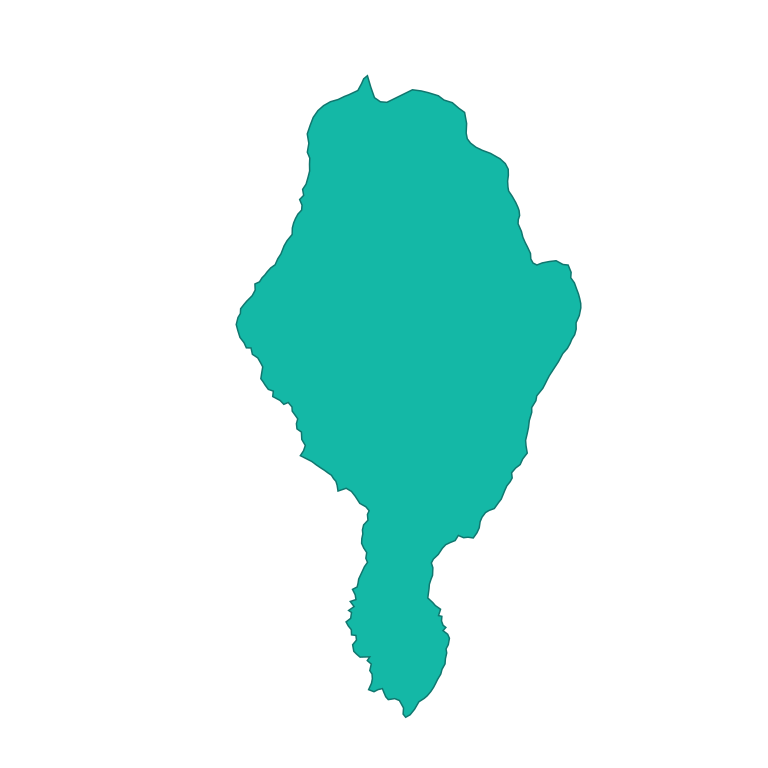 Alexânia, Goiás, Brazil (Robinson projection), rotated 30°
{"feature_id": "56859067B77264834644366", "entity_name": "Alexânia", "entity_type": "district", "adm_level": 2, "iso_a3": "BRA", "parent_name": "Brazil", "parent_adm1": "Goiás", "projection": "robinson", "projection_center": [-48.46, -16.12], "detail": "fine", "context": "isolated", "style": "filled", "palette": "teal", "viewbox_px": 768, "rotation_deg": 30, "n_neighbors": 0, "source": "geoboundaries", "source_scale": "gbopen_adm2", "svg_char_len": 3650}
<svg xmlns="http://www.w3.org/2000/svg" viewBox="0 0 768 768"><g transform="rotate(30 384 384)"><path d="M470.1,609.0L474.1,611.4L478.5,613.1L481.3,617.5L485.4,615.8L488.2,619.5L487.2,625.5L491.5,630.6L495.1,631.6L499.8,632.5L508.1,627.4L507.8,631.9L513.0,632.9L515.0,639.3L518.7,641.2L521.3,645.1L522.8,649.4L523.5,656.4L529.2,655.5L531.6,651.7L534.9,648.6L538.3,651.3L541.9,654.0L545.5,655.2L550.6,651.1L555.6,650.4L562.9,654.8L565.6,660.3L569.4,661.8L572.0,657.4L573.1,650.4L573.1,641.8L576.0,636.2L577.3,632.5L578.3,627.0L578.6,621.9L578.4,617.3L578.1,613.1L578.2,606.8L576.9,602.1L576.8,595.9L574.5,591.1L572.8,585.6L570.2,582.4L570.0,577.6L567.8,571.5L564.3,568.9L558.4,568.1L559.3,563.9L555.8,563.4L552.3,560.5L550.3,556.3L547.0,557.3L545.6,550.8L539.2,550.2L535.5,548.9L528.9,547.4L525.4,538.9L523.4,534.7L522.4,529.9L521.7,525.4L518.2,518.7L514.5,515.3L514.3,510.9L516.2,504.5L516.7,497.0L517.8,492.3L520.6,488.2L523.9,484.0L524.1,478.0L529.8,477.3L533.3,474.7L538.3,472.7L538.9,466.5L538.4,461.0L536.1,455.2L535.5,450.3L536.2,444.6L538.2,441.0L541.8,436.7L542.5,429.4L543.1,425.1L541.8,415.7L541.3,410.8L542.1,405.5L542.0,401.3L538.9,397.1L540.0,391.0L542.2,385.7L541.6,379.6L542.6,372.2L537.9,366.5L534.8,362.0L532.8,355.3L530.9,349.5L528.1,343.0L526.1,334.6L523.7,330.6L523.9,322.5L522.2,317.9L523.7,308.4L523.5,303.4L523.2,298.9L523.0,294.1L523.4,286.3L523.9,277.5L523.6,268.3L525.0,261.5L524.9,255.8L524.3,251.4L524.5,246.0L523.0,240.4L519.7,234.9L518.9,227.1L516.4,219.7L514.1,215.9L510.7,212.1L507.4,208.8L502.9,205.1L498.3,201.2L492.6,198.6L490.2,193.7L484.0,188.9L479.3,191.0L471.4,191.2L465.9,195.3L460.5,200.0L456.9,204.5L452.6,204.7L448.6,202.3L445.6,197.7L439.6,193.5L435.4,190.8L430.9,187.5L426.8,183.2L420.0,178.2L418.1,174.5L417.2,170.3L414.3,166.3L411.6,164.0L407.4,161.0L401.1,157.3L395.5,154.6L392.9,151.5L389.6,146.5L387.3,141.0L384.2,135.9L378.9,132.5L371.8,130.9L367.6,131.0L361.0,131.0L352.1,132.5L345.2,133.0L338.4,132.1L333.5,130.0L329.7,125.6L325.3,117.1L318.0,108.5L311.0,107.8L302.5,106.2L294.0,108.1L287.0,107.2L276.9,109.5L269.7,111.6L261.5,115.0L245.7,138.6L239.8,141.4L232.6,140.8L224.0,133.4L215.5,125.3L213.8,129.8L214.4,135.2L214.6,142.9L208.9,151.1L206.0,154.7L202.0,160.6L196.5,166.3L192.5,173.1L190.1,180.2L189.4,188.5L190.7,196.8L192.5,205.8L198.6,213.2L201.7,221.6L206.8,225.5L209.6,230.9L213.1,236.7L214.8,242.7L216.6,249.9L216.2,256.1L220.1,260.8L218.7,266.4L223.6,270.1L225.7,274.6L224.5,279.8L224.6,284.8L225.2,289.6L226.6,294.7L229.7,300.4L228.4,308.4L228.4,314.3L229.7,322.8L229.4,328.6L230.1,335.2L227.9,339.9L226.8,344.9L226.3,349.1L225.3,352.9L225.1,357.8L222.2,361.9L225.5,367.1L225.7,373.4L223.7,380.9L222.9,385.5L222.2,390.5L224.4,394.8L224.3,399.4L226.3,406.4L230.7,410.8L236.0,415.7L242.1,418.2L246.7,421.5L250.8,419.3L255.2,424.1L261.6,424.5L266.8,427.5L270.4,429.8L273.0,436.7L274.7,441.0L278.1,442.5L281.7,444.4L286.5,446.5L291.7,445.5L293.9,450.5L302.2,450.2L307.4,451.7L310.3,447.9L315.8,449.9L318.1,453.4L322.3,455.3L326.7,457.3L328.0,462.2L331.1,466.4L336.5,466.9L340.5,473.1L346.6,476.6L347.7,482.1L347.4,487.9L354.7,487.5L360.2,487.2L365.8,487.9L371.3,488.3L375.4,488.5L379.8,489.0L384.1,489.3L387.7,491.2L391.0,492.3L394.0,495.1L397.7,499.7L403.4,493.2L409.5,493.3L415.2,495.6L422.8,499.5L429.7,499.4L434.5,501.2L434.9,505.3L438.2,510.0L436.8,516.2L438.3,521.2L440.6,524.4L442.1,529.0L444.3,533.2L448.5,536.2L453.3,538.6L455.4,544.0L458.9,546.7L458.4,552.0L458.9,557.5L459.6,565.6L461.1,569.4L462.2,573.2L459.4,577.6L464.5,581.0L467.5,584.7L463.5,589.2L469.4,591.7L466.6,597.8L470.1,598.1L472.3,603.6L470.1,609.0Z" fill="#14b8a6" stroke="#0f766e" stroke-width="1.5"/></g></svg>